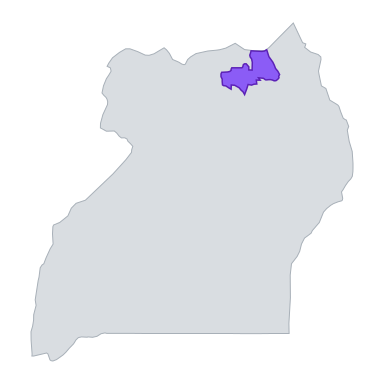 Kitgum on a map of Uganda (orthographic projection)
{"feature_id": "UGA-3096", "entity_name": "Kitgum", "entity_type": "District", "adm_level": 1, "iso_a3": "UGA", "parent_name": "Uganda", "parent_adm1": "", "projection": "orthographic", "projection_center": [33.268, 3.395], "detail": "fine", "context": "in_parent", "style": "filled", "palette": "violet", "viewbox_px": 384, "rotation_deg": 0, "n_neighbors": 0, "source": "natural_earth", "source_scale": "10m", "svg_char_len": 2992}
<svg xmlns="http://www.w3.org/2000/svg" viewBox="0 0 384 384"><path d="M289.1,333.5L282.6,333.5L272.0,333.5L261.5,333.6L250.9,333.6L240.3,333.6L229.7,333.5L219.2,333.5L208.6,333.5L198.0,333.5L187.4,333.5L176.9,333.5L166.3,333.5L155.7,333.5L145.1,333.5L134.6,333.4L124.0,333.4L113.4,333.4L107.2,333.4L105.9,333.2L105.1,332.9L101.1,333.7L97.0,336.3L92.6,337.3L87.9,336.9L87.3,337.2L84.9,337.1L81.5,336.9L78.4,337.6L76.0,339.9L73.6,343.8L69.3,348.2L65.9,352.2L63.0,355.0L56.5,359.6L52.9,361.0L51.1,360.7L50.0,359.9L47.9,353.9L46.6,353.0L33.8,356.0L31.9,356.0L32.1,354.2L31.1,340.2L31.0,331.7L32.6,326.3L33.6,320.1L33.7,314.7L36.1,305.4L35.2,299.9L38.2,280.4L39.0,277.2L40.2,267.8L42.1,264.9L43.8,263.8L46.0,258.0L50.2,248.8L53.1,244.1L52.5,233.7L52.9,226.6L53.6,225.0L59.8,222.4L67.9,215.9L71.3,208.2L76.1,203.3L85.4,200.2L113.0,173.9L125.9,159.7L131.5,152.4L131.7,149.8L132.8,146.3L130.5,143.7L127.9,141.2L127.0,139.0L124.7,137.8L121.4,137.9L119.2,136.2L116.7,133.0L114.3,131.0L106.4,131.2L100.4,127.9L100.5,123.4L102.9,114.6L107.5,104.6L107.7,101.8L107.1,99.4L106.0,97.4L103.9,95.4L102.0,93.0L103.5,85.8L106.4,78.7L108.8,75.1L111.1,71.2L110.4,67.9L107.1,66.3L108.8,63.1L112.5,57.8L119.5,52.4L125.7,48.8L129.9,48.8L137.9,51.7L145.2,55.1L149.1,55.3L154.0,53.8L164.1,47.8L166.5,49.8L169.4,53.4L172.6,59.5L178.9,62.2L181.9,64.1L184.1,64.7L185.3,64.2L187.7,59.5L190.6,56.9L196.0,53.6L207.8,51.0L216.2,50.2L219.8,49.7L225.8,48.1L235.2,43.3L244.6,49.6L254.7,50.8L264.5,50.7L267.4,48.8L269.2,47.4L279.4,37.0L293.3,23.0L302.6,42.7L305.8,43.9L305.4,45.6L304.6,47.3L310.6,52.0L318.1,54.5L320.8,56.9L321.0,59.5L318.5,71.1L319.0,74.3L321.4,85.9L325.9,88.5L329.8,100.1L337.8,105.0L338.9,106.4L340.8,112.1L343.2,118.2L345.2,119.6L346.3,120.0L348.7,126.5L347.3,130.2L349.2,141.4L352.2,151.4L353.0,163.3L353.0,168.5L352.9,171.7L352.3,176.3L350.8,178.9L348.3,181.5L345.5,185.5L343.0,189.8L341.5,191.9L342.7,198.3L342.4,200.0L341.7,200.8L338.1,201.8L333.5,203.6L330.7,205.3L326.7,208.5L323.5,212.1L319.3,222.5L312.3,230.6L311.1,233.2L304.5,238.1L301.5,244.0L299.7,251.3L297.1,256.5L291.5,263.7L290.2,275.1L290.4,297.7L288.9,323.4L289.1,333.5Z" fill="#d9dde1" stroke="#a8b0b8" stroke-width="1"/><path d="M262.0,51.4L264.5,51.0L266.7,49.8L266.8,50.0L268.9,56.7L272.8,62.1L274.3,65.2L275.5,68.4L277.9,71.3L279.6,74.6L279.1,75.4L278.7,76.2L279.0,77.8L277.7,79.4L275.9,80.7L274.1,80.8L272.4,80.0L270.3,79.6L268.1,79.7L266.7,79.9L265.4,79.8L264.4,79.0L263.4,78.3L258.5,77.8L260.2,80.2L256.3,80.1L256.8,84.0L254.0,84.2L251.6,85.1L248.1,84.5L246.7,89.0L244.6,94.6L243.0,91.8L241.1,90.2L239.2,87.8L234.7,85.3L231.3,85.0L231.1,89.2L229.0,88.0L225.8,85.9L223.5,85.6L222.5,84.9L222.2,81.6L222.2,79.1L221.0,76.7L221.0,73.9L221.7,72.3L227.4,72.0L229.7,71.5L231.1,70.4L231.1,69.2L231.8,67.8L241.9,67.8L242.7,67.0L243.4,64.5L244.6,63.8L246.2,63.8L248.8,66.8L248.8,69.9L252.1,70.1L252.3,62.3L251.6,59.0L250.2,57.0L249.8,55.1L250.4,53.4L251.1,50.8L252.4,50.9L262.0,51.4Z" fill="#8b5cf6" stroke="#5b21b6" stroke-width="1.5"/></svg>